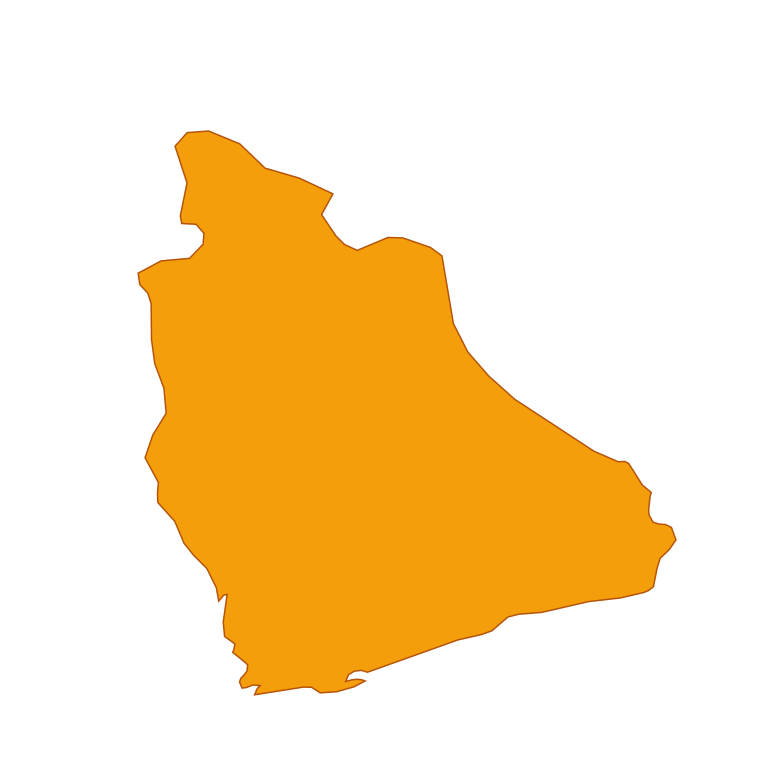 outline of Akwa Ibom, rotated 347°
{"feature_id": "NGA-2842", "entity_name": "Akwa Ibom", "entity_type": "State", "adm_level": 1, "iso_a3": "NGA", "parent_name": "Nigeria", "parent_adm1": "", "projection": "mercator", "projection_center": [7.82, 5.014], "detail": "fine", "context": "isolated", "style": "filled", "palette": "amber", "viewbox_px": 768, "rotation_deg": 347, "n_neighbors": 0, "source": "natural_earth", "source_scale": "10m", "svg_char_len": 1501}
<svg xmlns="http://www.w3.org/2000/svg" viewBox="0 0 768 768"><g transform="rotate(347 384 384)"><path d="M601.4,513.7L604.6,516.6L613.0,540.6L620.0,549.9L618.0,553.4L613.6,565.9L612.8,571.1L615.0,579.1L620.4,582.3L626.7,584.2L631.8,588.5L633.4,601.6L624.8,609.4L613.9,616.0L608.6,625.0L601.0,642.0L595.5,644.7L590.2,645.6L565.9,645.6L534.1,642.0L486.3,642.0L463.1,638.6L452.3,638.9L433.7,648.7L422.9,650.0L398.3,650.0L303.0,661.1L297.7,658.0L290.6,657.1L284.0,659.3L279.8,665.3L285.8,665.0L290.9,665.6L295.3,666.9L298.8,669.1L286.8,672.3L268.7,673.2L252.4,670.6L245.2,663.2L237.4,661.2L188.0,657.7L189.8,655.3L190.9,653.5L192.4,651.9L195.6,650.0L188.5,647.8L181.9,648.8L177.3,648.4L176.2,642.0L178.1,638.7L181.9,636.2L185.8,633.0L188.0,627.1L186.3,624.3L176.2,611.4L177.8,609.3L180.3,603.8L171.9,594.1L173.8,579.9L183.8,553.7L180.3,553.7L174.1,558.4L174.8,544.9L169.9,523.9L160.1,508.3L153.3,494.1L149.3,470.9L137.0,448.7L138.7,439.4L142.0,429.3L134.6,402.1L147.1,381.9L165.2,363.5L168.6,338.5L165.2,312.6L167.5,288.2L175.2,253.2L174.3,242.3L168.4,232.2L169.4,220.7L194.5,213.9L222.8,217.8L239.1,207.2L242.5,196.8L236.8,186.1L223.0,182.1L223.4,174.3L237.3,143.8L233.9,105.3L248.7,94.8L269.9,98.0L297.5,117.6L316.6,146.9L348.0,164.5L377.0,187.3L361.3,204.9L370.4,228.8L376.8,239.1L388.0,247.8L420.7,242.1L435.2,245.9L460.0,261.4L469.3,272.2L465.2,340.8L472.9,371.8L487.9,399.9L507.9,428.3L573.4,496.7L594.8,512.5L601.4,513.7L601.4,513.7Z" fill="#f59e0b" stroke="#b45309" stroke-width="1.5"/></g></svg>